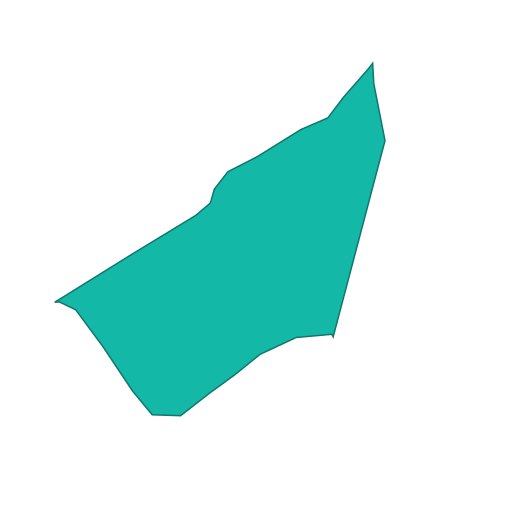 Jung-gu [Central District], Ulsan, South Korea, rotated 150°
{"feature_id": "91817680B57927404517776", "entity_name": "Jung-gu [Central District]", "entity_type": "district", "adm_level": 2, "iso_a3": "KOR", "parent_name": "South Korea", "parent_adm1": "Ulsan", "projection": "robinson", "projection_center": [129.305, 35.564], "detail": "fine", "context": "isolated", "style": "filled", "palette": "teal", "viewbox_px": 512, "rotation_deg": 150, "n_neighbors": 0, "source": "geoboundaries", "source_scale": "gbopen_adm2", "svg_char_len": 491}
<svg xmlns="http://www.w3.org/2000/svg" viewBox="0 0 512 512"><g transform="rotate(150 256 256)"><path d="M229.6,147.4L86.6,291.4L67.8,346.4L58.6,364.6L66.3,361.5L100.7,349.8L124.7,339.7L153.9,343.1L205.5,341.4L238.1,343.1L258.7,334.7L269.0,324.7L287.9,321.3L361.7,319.6L453.4,316.6L449.3,314.6L439.0,299.5L433.9,254.2L430.4,200.6L425.3,170.4L401.2,155.4L365.2,160.4L334.2,163.7L301.6,168.8L262.1,165.4L229.5,150.3L229.6,147.4Z" fill="#14b8a6" stroke="#0f766e" stroke-width="1.5"/></g></svg>